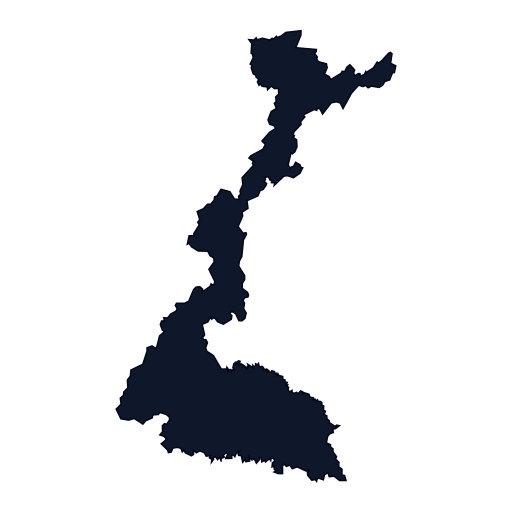 Istmina, Chocó, Colombia
{"feature_id": "7082276B37005238590154", "entity_name": "Istmina", "entity_type": "district", "adm_level": 2, "iso_a3": "COL", "parent_name": "Colombia", "parent_adm1": "Chocó", "projection": "robinson", "projection_center": [-76.831, 4.831], "detail": "fine", "context": "isolated", "style": "filled", "palette": "ink", "viewbox_px": 512, "rotation_deg": 0, "n_neighbors": 0, "source": "geoboundaries", "source_scale": "gbopen_adm2", "svg_char_len": 6047}
<svg xmlns="http://www.w3.org/2000/svg" viewBox="0 0 512 512"><path d="M322.6,114.0L331.3,102.8L336.4,101.8L340.3,103.0L343.0,108.6L351.4,93.3L358.6,85.2L363.0,86.6L365.7,85.4L368.1,87.8L371.3,86.1L379.0,87.4L382.6,85.3L384.8,81.5L389.7,79.9L392.5,72.6L394.3,72.7L395.8,65.8L390.6,63.3L392.0,53.7L390.4,52.4L388.7,53.1L383.2,59.1L382.9,61.1L382.1,60.3L378.8,63.1L377.2,62.0L373.3,68.0L366.2,72.4L365.7,71.6L364.3,74.5L360.4,76.0L359.9,73.6L358.3,73.6L354.5,75.9L353.7,72.9L354.6,69.9L349.9,64.7L346.8,67.2L344.8,71.5L342.2,71.3L341.1,73.3L330.7,79.6L329.2,76.6L324.5,74.1L327.2,67.7L326.4,63.8L318.4,61.7L316.7,59.0L317.3,57.0L314.5,53.2L316.2,51.7L316.4,49.5L295.8,47.7L300.9,35.1L301.0,30.7L285.9,32.4L281.2,35.9L277.2,37.5L276.4,36.3L273.9,38.8L272.1,38.3L269.8,40.0L262.3,38.2L257.2,39.8L256.2,37.8L253.8,40.0L248.9,39.6L251.8,43.7L251.1,53.2L252.4,54.1L253.2,57.7L250.2,64.1L252.2,65.5L251.2,67.7L253.2,73.9L255.8,75.2L256.0,77.0L258.7,79.3L257.4,81.9L259.1,85.3L260.5,84.0L262.1,86.3L267.2,86.9L267.6,89.7L271.4,86.1L274.4,88.6L278.4,88.4L278.7,94.0L275.8,96.8L276.1,101.8L274.3,103.3L276.4,108.4L271.2,111.5L268.0,119.8L269.7,124.3L274.0,125.6L275.6,128.4L269.7,132.2L262.0,141.0L265.4,144.5L262.7,149.4L250.9,155.7L248.9,158.0L253.4,161.3L252.4,163.6L253.6,165.2L242.1,177.7L242.9,184.5L240.0,191.0L240.6,194.1L238.6,196.3L239.2,199.5L234.4,199.0L229.9,191.7L221.0,189.3L217.1,195.9L214.6,196.8L214.1,200.2L210.7,204.1L207.4,204.3L203.5,208.7L197.2,211.5L199.7,219.5L197.7,222.3L199.3,224.7L193.8,233.6L194.4,235.5L189.1,235.8L187.3,244.2L189.0,243.3L191.6,246.9L198.2,251.0L207.8,251.2L210.0,255.7L213.8,258.0L214.1,262.0L208.9,269.3L214.7,281.2L214.5,283.8L212.1,285.1L211.1,283.9L210.1,286.4L202.2,291.9L202.6,289.1L199.8,286.7L196.0,287.1L193.6,289.6L188.8,301.1L184.6,303.3L176.5,303.3L175.3,305.4L177.2,308.7L175.8,311.3L170.7,314.0L167.6,317.9L163.7,317.8L164.4,320.9L161.6,321.0L160.3,324.5L162.4,330.2L164.8,331.4L159.6,335.8L156.8,346.8L155.7,348.3L152.0,345.9L147.0,347.8L147.1,350.9L142.8,364.3L131.0,370.0L130.3,376.2L127.4,380.0L127.8,387.9L123.8,392.0L123.4,395.5L120.3,398.1L121.1,404.2L116.2,409.1L120.9,418.8L128.6,420.1L134.2,418.5L142.9,424.1L145.8,420.7L152.1,418.0L152.9,414.9L158.4,414.5L159.8,412.4L166.0,414.4L169.1,416.7L169.7,419.6L166.8,424.2L164.4,423.7L162.4,425.7L162.6,431.7L159.8,434.9L164.1,436.4L165.9,438.5L165.7,440.1L161.2,443.8L167.7,450.1L168.4,452.6L171.2,452.1L172.8,448.1L177.2,447.4L180.8,448.2L182.3,451.9L183.9,450.2L185.4,452.9L191.5,455.8L193.5,454.5L193.6,450.1L196.3,452.8L199.8,450.9L204.3,452.7L206.2,456.2L210.3,455.6L209.4,457.8L211.8,459.3L211.5,462.2L213.6,459.3L212.7,458.2L215.5,456.6L217.5,459.6L219.7,457.1L221.2,461.6L221.0,458.5L224.4,457.1L223.1,455.7L226.0,452.6L227.7,454.2L225.8,458.5L231.8,458.3L231.7,455.4L233.6,454.9L234.8,456.7L236.9,451.6L239.8,451.0L237.9,453.1L238.6,455.4L241.3,455.6L242.7,462.2L245.0,459.5L245.9,461.7L249.7,461.0L249.0,456.8L252.0,460.0L254.3,458.8L256.4,463.2L259.7,459.4L259.2,457.0L261.6,458.4L261.7,461.9L264.7,460.3L265.5,462.0L269.4,458.7L270.7,460.6L270.9,458.8L273.4,458.0L274.8,460.9L272.5,462.8L272.0,466.9L273.9,466.2L274.4,469.6L277.0,470.5L274.1,472.0L278.2,473.6L282.6,473.6L282.5,465.6L284.3,464.2L286.4,466.4L289.9,465.2L292.2,468.7L297.2,466.9L306.2,471.1L308.2,469.6L309.0,470.7L307.4,472.3L307.7,475.3L311.7,480.2L315.2,479.6L316.6,481.3L317.3,478.4L319.2,478.3L323.4,479.8L324.4,475.0L327.9,472.5L329.2,476.7L334.1,476.2L339.5,480.5L346.0,480.5L344.6,475.5L341.9,475.0L342.0,469.1L338.7,466.9L338.9,462.3L335.6,459.0L336.5,456.6L332.9,451.6L333.0,448.8L330.5,447.0L330.5,444.7L326.4,442.9L327.6,436.4L329.8,433.8L333.2,432.6L333.0,428.7L335.2,428.8L339.4,425.7L336.7,425.1L335.1,426.4L329.1,422.4L329.4,420.9L326.9,418.8L326.8,415.8L324.1,414.5L325.4,411.2L323.5,410.1L323.7,406.0L321.3,404.7L322.0,403.0L320.9,401.6L317.6,401.1L317.5,399.8L316.0,400.7L314.9,399.0L312.7,399.9L313.3,397.7L310.1,397.3L308.9,394.2L304.0,392.7L303.2,393.6L303.3,392.3L300.7,390.9L298.1,393.7L296.5,392.3L294.0,393.4L292.1,392.3L292.0,390.4L289.6,392.0L288.0,389.6L288.6,387.3L286.9,386.3L287.6,384.9L285.9,385.1L287.3,382.5L284.8,381.8L285.1,379.3L284.5,380.5L282.9,379.2L282.7,376.5L278.5,375.3L278.1,374.0L276.5,375.4L276.7,373.3L275.4,374.3L274.5,371.6L271.8,370.8L270.7,372.3L268.3,372.1L269.0,370.9L266.9,369.2L266.7,371.0L265.4,369.4L263.4,370.6L262.6,369.2L263.9,368.4L262.4,366.4L259.2,366.7L258.5,363.5L257.7,364.7L255.6,363.8L255.6,365.6L253.9,366.6L252.9,365.5L253.3,367.8L247.8,364.3L248.8,367.1L247.3,366.5L246.7,369.0L245.1,366.4L243.5,367.2L244.0,365.5L241.3,363.9L239.9,365.4L239.9,363.2L238.8,363.2L240.1,361.3L238.7,360.8L237.2,361.8L238.0,362.7L236.1,362.3L236.9,364.5L235.0,363.0L234.9,364.5L233.8,363.9L232.9,367.7L234.9,369.7L234.2,370.4L232.8,369.6L231.8,371.3L230.9,369.5L229.2,369.7L227.9,371.6L228.0,368.8L226.9,367.3L226.6,369.0L221.3,369.1L213.5,355.7L206.9,351.3L205.6,347.9L207.5,342.6L205.9,339.7L203.7,339.6L202.4,337.9L204.6,334.9L202.2,324.3L207.8,322.0L210.4,317.4L211.8,319.2L212.6,317.9L215.0,318.3L217.7,321.8L223.3,324.2L231.3,319.3L231.9,315.7L229.5,313.3L231.9,311.5L235.6,313.6L238.9,320.7L242.0,320.8L244.9,318.4L246.2,313.1L243.6,308.6L244.5,303.4L243.0,300.3L244.7,297.8L248.0,296.9L248.5,295.0L247.5,292.3L242.3,288.4L242.3,283.5L244.6,279.7L244.6,275.6L238.7,266.0L239.4,261.0L241.8,256.6L243.4,240.1L246.5,234.2L246.0,232.7L243.0,233.2L238.1,226.5L242.7,215.9L242.1,212.2L248.0,208.3L247.0,200.7L257.9,195.9L260.1,190.6L263.2,189.4L266.0,185.4L266.6,183.6L264.2,181.2L265.5,179.6L264.7,177.5L268.3,176.7L270.2,180.3L272.4,181.0L271.5,182.6L274.7,182.9L274.2,185.4L283.9,176.2L287.4,175.7L293.5,177.7L300.0,173.2L302.7,167.8L301.0,167.4L300.0,164.8L295.6,162.3L293.7,166.1L290.4,167.4L290.0,168.8L288.2,164.6L290.9,153.4L292.3,153.9L294.8,151.9L297.0,146.8L296.5,139.6L293.6,137.9L294.3,135.6L292.8,136.0L294.0,131.8L301.1,124.3L300.6,121.8L304.8,116.9L303.6,115.6L304.5,114.3L314.2,109.5L316.7,110.4L317.2,108.4L319.8,108.7L322.6,114.0Z" fill="#0f172a" stroke="#020617" stroke-width="1.5"/></svg>